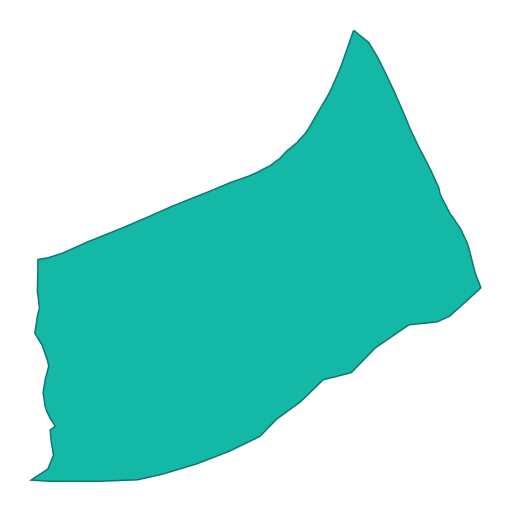 the district of Rodney Heights, Gros Islet, Saint Lucia
{"feature_id": "8701671B40211912929953", "entity_name": "Rodney Heights", "entity_type": "district", "adm_level": 2, "iso_a3": "LCA", "parent_name": "Saint Lucia", "parent_adm1": "Gros Islet", "projection": "mercator", "projection_center": [-60.949, 14.068], "detail": "fine", "context": "isolated", "style": "filled", "palette": "teal", "viewbox_px": 512, "rotation_deg": 0, "n_neighbors": 0, "source": "geoboundaries", "source_scale": "gbopen_adm2", "svg_char_len": 1793}
<svg xmlns="http://www.w3.org/2000/svg" viewBox="0 0 512 512"><path d="M354.4,30.7L353.3,31.1L351.3,36.9L341.7,64.4L339.4,70.1L334.8,80.9L330.8,89.8L328.6,94.1L325.9,99.0L318.3,111.7L312.1,122.5L308.4,128.9L306.8,131.1L306.2,132.4L302.5,136.5L299.2,140.0L297.1,142.7L293.5,145.4L290.3,148.3L287.6,150.2L279.5,158.8L277.1,160.4L275.2,161.8L270.3,165.6L267.1,167.2L262.0,169.8L259.6,171.2L255.0,173.3L252.0,174.7L249.1,176.0L243.1,178.1L235.3,180.8L230.0,182.7L220.9,186.6L213.8,189.6L201.2,194.6L172.7,206.0L169.8,207.3L155.7,213.5L152.1,215.2L138.9,220.8L130.2,224.6L121.7,228.2L109.1,233.2L105.8,234.6L92.1,240.1L88.7,241.4L76.8,246.8L72.7,248.6L61.6,253.5L60.8,253.7L57.2,254.9L54.1,255.9L49.8,257.2L48.2,257.7L46.4,258.0L44.7,258.4L43.9,258.4L42.7,258.7L41.5,258.8L40.0,259.1L38.0,259.4L37.9,260.5L37.9,270.2L37.7,279.1L37.4,291.4L39.5,307.9L37.7,314.8L36.7,320.7L35.5,328.7L34.8,333.1L42.2,345.3L47.4,360.3L48.8,366.1L45.5,378.2L43.1,392.2L44.1,399.0L45.0,405.8L46.9,411.6L50.2,418.3L55.3,426.1L50.2,430.0L51.1,440.6L53.5,455.1L47.8,469.1L35.2,477.3L31.2,480.1L50.4,481.3L78.5,481.3L98.2,481.3L137.6,479.8L162.9,474.0L196.6,463.9L230.4,450.8L237.9,447.1L259.9,436.4L276.8,419.0L300.7,401.6L323.1,379.8L351.3,372.6L375.2,348.0L403.2,328.7L408.9,324.8L437.0,321.9L449.7,316.1L472.2,295.8L480.8,287.9L480.0,285.3L478.9,282.4L478.3,281.3L474.9,271.9L469.8,251.7L467.4,243.4L460.5,228.6L456.0,222.1L453.2,217.9L450.1,213.8L441.4,196.9L440.0,193.5L438.9,188.3L438.2,186.1L437.0,184.0L430.6,169.8L429.3,167.4L423.1,155.1L421.4,152.2L416.0,141.3L413.7,136.3L411.8,132.7L409.1,126.4L405.1,116.5L397.2,98.3L393.2,89.2L391.5,85.9L389.2,80.8L383.4,68.9L381.3,64.5L377.8,57.7L375.4,53.5L371.9,47.8L369.0,42.7L363.6,38.3L358.1,34.0L354.4,30.7Z" fill="#14b8a6" stroke="#0f766e" stroke-width="1.5"/></svg>